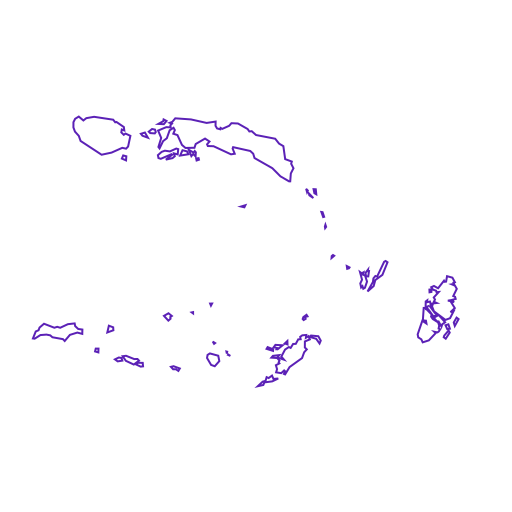 the border of Maluku, rotated 8°
{"feature_id": "IDN-554", "entity_name": "Maluku", "entity_type": "Province", "adm_level": 1, "iso_a3": "IDN", "parent_name": "Indonesia", "parent_adm1": "", "projection": "mercator", "projection_center": [130.68, -5.566], "detail": "fine", "context": "isolated", "style": "outline", "palette": "violet", "viewbox_px": 512, "rotation_deg": 8, "n_neighbors": 0, "source": "natural_earth", "source_scale": "10m", "svg_char_len": 6175}
<svg xmlns="http://www.w3.org/2000/svg" viewBox="0 0 512 512"><g transform="rotate(8 256 256)"><path d="M280.9,163.9L279.0,169.4L279.5,177.3L278.4,177.5L269.1,173.7L260.0,166.8L240.9,159.2L239.0,155.1L235.7,152.8L218.2,151.4L217.9,152.9L220.7,157.7L217.1,158.8L198.7,153.2L193.0,153.8L192.0,152.2L194.0,149.1L189.2,146.8L180.7,153.5L180.0,157.4L171.1,158.8L167.2,156.3L161.4,147.2L157.1,146.4L158.1,142.6L156.5,140.5L153.0,143.5L151.3,151.8L148.0,155.2L145.5,162.9L144.2,161.6L145.7,152.3L141.6,145.4L149.2,140.9L153.6,140.5L153.0,138.5L154.3,136.7L152.1,136.1L154.4,134.9L156.9,130.9L172.6,129.8L188.6,131.1L197.3,128.5L197.8,132.7L199.7,135.1L203.0,135.5L203.1,134.1L204.9,134.8L211.3,130.8L213.2,127.9L219.7,127.3L230.0,131.4L232.1,133.6L234.4,133.0L239.2,136.2L258.7,137.2L263.2,141.5L267.8,143.4L271.4,156.0L278.3,157.5L278.0,159.8L280.9,163.9ZM114.9,154.5L114.1,165.4L112.4,167.8L108.5,167.5L98.6,173.7L89.0,177.2L66.3,166.5L63.8,161.7L59.4,158.0L57.3,154.1L56.6,148.9L57.8,145.3L61.1,142.6L66.2,145.8L68.8,143.1L76.3,140.7L95.6,140.9L98.0,143.2L99.2,142.7L107.2,146.7L108.1,150.0L105.5,149.4L105.4,152.3L108.2,154.4L109.7,152.9L114.9,154.5ZM459.4,283.1L456.8,290.6L452.5,292.9L439.9,286.0L437.3,281.3L438.0,278.3L441.5,277.4L438.5,276.5L439.3,274.2L437.8,272.3L442.0,266.2L439.8,266.7L439.2,265.3L436.0,264.7L433.9,262.5L436.4,260.9L440.8,262.6L445.6,254.3L446.3,255.3L447.8,254.9L448.0,249.4L453.5,250.1L456.6,254.3L455.3,254.9L456.0,256.1L453.8,256.8L457.2,257.7L459.4,260.6L456.9,268.2L458.8,268.7L459.7,270.7L456.6,272.0L458.4,274.4L454.7,272.7L452.2,273.5L454.8,273.6L460.1,279.9L456.4,284.5L459.4,283.1ZM320.9,331.1L316.3,333.8L317.1,339.8L319.3,341.4L317.1,344.6L315.8,350.7L304.7,361.3L301.3,369.2L300.1,368.9L301.0,366.2L299.8,365.4L297.3,368.5L292.1,368.4L292.6,365.1L290.9,361.4L294.1,359.1L293.2,358.2L293.8,356.3L292.0,354.8L293.1,353.8L298.2,354.8L295.1,352.1L297.8,344.6L301.2,341.6L303.1,342.2L305.0,337.9L307.6,337.5L309.4,332.7L311.8,332.2L311.0,329.9L312.9,328.1L316.8,327.2L316.8,330.0L319.1,328.1L320.9,331.1ZM94.3,353.0L94.8,357.3L89.7,356.7L82.7,360.0L78.4,366.8L76.4,365.2L65.7,364.8L63.3,363.2L59.4,363.0L53.5,364.3L48.3,368.7L46.6,368.7L48.4,361.4L51.0,359.8L51.6,357.0L55.5,352.6L66.3,355.1L69.0,353.8L72.1,354.3L79.2,349.7L85.8,348.0L86.7,350.6L90.1,353.0L94.3,353.0ZM446.9,302.4L448.6,302.9L447.5,305.3L446.3,306.4L443.1,306.2L444.7,307.3L438.9,315.5L433.1,318.3L431.3,315.5L428.0,314.0L427.0,311.1L429.7,297.0L434.2,299.2L433.3,296.4L430.9,296.6L430.1,295.2L429.3,284.1L430.8,283.9L438.1,289.5L437.8,291.6L439.8,293.8L445.6,296.4L447.1,299.4L446.9,302.4ZM164.1,161.0L164.3,166.3L160.5,165.8L161.7,168.5L159.7,170.7L153.3,173.1L159.0,167.3L158.2,166.9L148.2,173.0L145.8,172.6L144.8,169.8L148.1,166.0L151.1,164.4L156.2,164.4L162.1,160.7L164.1,161.0ZM232.5,360.0L234.3,365.2L230.5,370.9L226.7,370.1L221.7,363.8L221.8,360.7L223.9,358.9L232.5,360.0ZM387.1,243.9L383.8,257.1L377.5,263.2L376.7,269.4L371.4,275.6L375.4,265.5L375.4,261.8L377.0,259.2L378.8,259.5L383.7,243.9L385.0,242.9L387.1,243.9ZM369.5,265.9L368.3,272.3L366.8,273.5L365.6,271.0L364.5,272.5L363.1,268.6L364.3,264.7L361.2,257.4L363.1,258.4L364.7,257.2L364.4,259.6L366.7,260.1L369.5,265.9ZM441.0,287.5L444.0,288.7L440.1,291.1L433.9,284.7L432.1,284.9L433.1,282.0L431.1,283.1L430.4,277.4L431.7,276.1L431.7,278.0L434.6,276.9L435.6,279.2L437.1,278.6L435.4,281.8L441.0,287.5ZM153.0,374.5L154.7,375.9L150.1,380.5L141.7,377.9L137.9,373.8L141.2,372.9L149.7,375.0L153.0,374.5ZM452.5,295.3L450.0,297.6L449.5,300.2L445.9,295.4L444.2,295.5L440.6,292.4L445.1,289.0L452.5,295.3ZM290.4,375.3L295.1,374.2L289.5,377.9L281.9,380.0L281.2,382.7L275.9,384.7L280.1,379.5L282.8,378.3L283.4,374.5L285.5,375.1L288.5,372.2L290.4,375.3ZM331.9,330.8L331.1,333.8L327.1,329.6L320.4,328.6L321.5,327.1L328.9,326.8L331.9,330.8ZM179.6,328.4L180.1,330.0L178.2,332.2L173.2,328.1L177.3,324.9L181.0,327.1L179.6,328.4ZM173.2,162.0L174.8,164.7L166.9,167.1L168.5,161.5L173.2,162.0ZM124.5,346.5L125.1,349.4L119.4,352.4L120.0,345.5L124.5,346.5ZM182.0,161.7L182.3,165.8L179.6,163.7L178.1,166.1L174.7,160.2L179.8,162.3L180.7,160.6L182.0,161.7ZM196.2,378.0L195.1,380.6L192.5,379.3L189.7,379.7L187.2,377.6L189.7,376.6L196.2,378.0ZM294.8,340.7L290.4,345.4L289.4,345.5L290.0,344.2L286.2,343.9L287.6,341.3L294.8,340.7ZM457.1,303.0L458.5,304.9L455.4,311.5L453.2,310.3L453.5,308.6L457.1,303.0ZM138.4,144.9L139.5,147.2L138.7,148.7L134.1,149.0L132.5,147.8L135.4,144.7L138.4,144.9ZM158.7,377.6L159.5,381.0L157.2,381.6L152.7,380.2L153.6,378.2L158.7,377.6ZM113.7,175.3L114.0,179.4L109.6,178.2L110.5,174.9L113.7,175.3ZM463.2,289.1L465.4,290.3L462.6,297.6L461.1,294.3L463.2,289.1ZM145.5,133.6L148.6,134.7L146.4,138.3L140.9,138.8L145.4,135.4L145.5,133.6ZM128.8,149.2L132.5,153.9L126.8,152.7L125.0,151.0L128.8,149.2ZM137.0,375.7L138.2,378.2L133.7,379.6L130.7,378.0L134.3,375.6L137.0,375.7ZM456.0,296.9L458.1,301.0L455.6,301.8L453.3,298.2L456.0,296.9ZM286.7,352.5L292.8,350.9L291.0,354.1L285.4,354.5L286.7,352.5ZM370.0,255.2L370.0,260.6L367.8,260.9L366.8,257.5L368.8,253.9L368.8,255.5L370.0,255.2ZM112.9,369.6L113.3,373.4L109.9,372.9L110.2,370.0L112.9,369.6ZM286.0,346.0L286.1,347.6L279.4,346.5L280.2,344.6L286.0,346.0ZM305.9,181.6L307.1,186.5L305.1,185.7L303.7,181.8L305.9,181.6ZM314.2,307.2L315.4,308.6L312.9,309.6L313.9,311.3L312.1,312.8L311.0,311.9L311.4,309.9L314.2,307.2ZM434.4,264.6L434.7,267.2L432.9,267.8L432.4,265.1L434.4,264.6ZM185.5,167.1L186.1,168.6L183.9,169.7L183.2,167.8L185.5,167.1ZM299.7,186.7L304.7,190.6L300.4,188.5L299.7,186.7ZM314.6,203.3L315.8,203.3L318.0,207.7L317.1,208.1L314.6,203.3ZM298.9,335.8L299.5,339.2L296.7,338.6L298.9,335.8ZM332.1,244.3L333.4,244.9L331.1,247.5L331.0,245.5L332.1,244.3ZM347.3,253.3L350.2,254.3L349.8,255.2L348.1,256.0L347.3,253.3ZM234.3,209.1L238.4,207.2L237.7,209.4L234.3,209.1ZM218.3,311.4L217.2,309.5L219.1,309.2L218.3,311.4ZM296.3,182.5L298.2,184.0L297.7,185.7L296.3,182.5ZM320.4,215.4L321.4,217.4L320.6,218.8L320.1,217.2L320.4,215.4ZM226.7,348.8L225.1,346.8L227.6,347.9L226.7,348.8ZM240.8,354.8L240.7,356.7L240.0,354.7L240.8,354.8ZM201.7,321.6L200.2,320.8L201.5,320.3L201.7,321.6ZM242.2,357.4L244.5,358.5L242.0,357.8L242.2,357.4Z" fill="none" stroke="#5b21b6" stroke-width="2"/></g></svg>